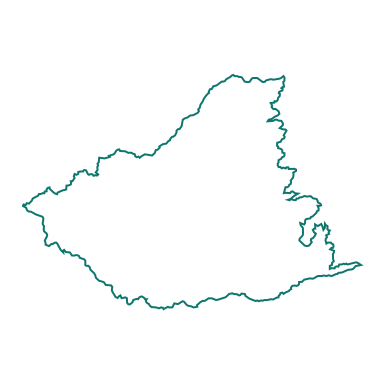 Taguatinga, Tocantins, Brazil
{"feature_id": "56859067B84121819426000", "entity_name": "Taguatinga", "entity_type": "district", "adm_level": 2, "iso_a3": "BRA", "parent_name": "Brazil", "parent_adm1": "Tocantins", "projection": "mercator", "projection_center": [-46.525, -12.349], "detail": "fine", "context": "isolated", "style": "outline", "palette": "teal", "viewbox_px": 384, "rotation_deg": 0, "n_neighbors": 0, "source": "geoboundaries", "source_scale": "gbopen_adm2", "svg_char_len": 5974}
<svg xmlns="http://www.w3.org/2000/svg" viewBox="0 0 384 384"><path d="M132.5,302.2L133.3,300.0L136.5,298.9L138.1,299.2L139.0,297.7L140.4,296.7L142.1,296.5L144.5,298.2L145.2,299.3L146.7,299.2L145.9,300.6L146.2,301.9L147.2,303.1L148.8,303.9L149.8,305.6L151.6,307.1L156.0,307.4L159.1,308.3L161.0,307.4L162.8,307.7L163.6,309.1L167.9,306.8L169.2,307.5L172.4,307.3L174.3,303.4L178.0,304.1L182.6,301.2L184.1,301.8L186.6,304.8L188.0,305.7L191.5,306.4L193.4,307.4L195.7,307.1L197.3,306.7L196.9,305.3L200.3,302.2L202.6,300.9L205.0,300.8L208.6,298.3L212.1,298.4L215.8,299.9L217.3,299.9L225.7,297.2L229.1,294.0L232.2,293.3L233.9,294.0L237.3,294.3L238.8,295.4L240.3,295.1L241.5,293.6L244.9,294.0L245.4,295.8L249.3,298.6L255.6,301.0L257.3,300.5L258.5,301.2L261.4,300.4L262.9,300.7L264.6,300.0L266.7,300.2L270.9,299.2L273.0,299.5L277.0,297.5L278.5,297.4L278.8,295.6L280.1,294.5L280.4,293.1L282.2,292.6L283.7,293.9L285.2,292.6L288.8,291.1L289.8,289.9L291.2,289.1L291.0,287.7L292.1,286.0L294.5,285.5L296.5,285.9L298.0,285.4L299.0,284.2L299.1,282.0L301.8,281.9L304.3,279.6L309.8,278.4L313.1,278.7L317.9,276.0L321.9,276.0L323.4,275.5L326.8,276.0L328.6,275.3L331.6,276.1L336.0,274.1L337.4,274.0L338.3,272.9L342.0,272.5L348.1,269.8L352.0,269.4L353.5,268.6L355.6,266.1L361.0,265.0L357.3,262.6L355.7,262.4L347.4,264.5L346.3,263.6L345.0,264.2L343.7,263.7L342.0,264.4L339.2,264.5L338.4,266.6L336.5,266.4L335.1,267.1L334.6,268.4L331.4,268.2L329.8,268.9L329.8,265.9L331.9,265.0L332.1,262.8L333.8,261.2L333.1,259.2L332.9,254.2L333.8,252.7L334.1,250.8L330.1,249.3L331.4,247.9L332.9,247.9L333.6,246.3L333.2,244.4L331.7,243.7L331.0,242.6L327.8,242.6L326.4,243.6L325.5,240.4L325.9,238.6L327.0,237.2L326.1,235.3L329.1,233.9L328.6,232.3L329.8,230.5L328.1,230.0L327.3,228.9L327.6,227.5L327.4,225.9L326.0,225.4L325.0,223.8L324.8,227.8L323.4,229.8L322.6,226.7L321.2,224.0L317.9,226.1L315.1,224.4L315.3,228.6L313.9,228.8L312.8,229.9L314.1,232.4L315.9,233.6L315.1,235.4L313.1,238.0L311.1,239.0L310.8,240.6L311.8,242.1L309.2,245.5L306.7,246.1L304.6,245.5L299.4,240.5L299.6,238.8L302.7,235.4L303.0,233.7L302.9,227.9L300.7,225.2L300.2,223.0L304.1,224.5L305.0,223.2L305.2,220.2L306.3,219.0L310.3,218.4L311.0,216.9L312.6,216.5L316.5,212.7L316.9,211.2L318.6,210.4L318.6,208.3L317.6,205.8L319.5,205.9L321.1,205.3L320.5,203.8L317.9,202.4L317.5,200.5L316.5,198.9L313.2,198.4L310.5,196.1L307.0,196.6L304.6,196.0L301.2,197.4L299.8,197.3L298.2,198.6L296.6,198.5L295.8,200.1L294.2,200.1L290.5,199.0L293.6,196.3L298.0,193.6L295.1,193.3L292.6,191.4L291.2,191.7L290.2,193.1L285.5,192.8L283.9,193.1L285.5,187.2L287.0,187.3L288.5,186.5L289.3,184.7L290.7,184.0L291.1,182.1L290.7,180.5L293.0,177.7L293.6,174.5L293.2,172.6L296.0,171.0L296.1,169.6L294.3,168.8L288.7,169.0L288.3,167.3L286.4,167.3L285.7,168.5L283.2,167.6L281.7,168.4L280.3,166.9L278.7,167.1L277.7,165.2L277.7,163.8L278.5,162.5L278.6,160.1L281.0,158.9L282.4,157.0L283.7,156.7L284.5,155.3L284.5,153.2L282.4,152.6L282.2,150.2L280.9,148.9L278.1,148.1L278.2,146.6L277.0,145.8L277.2,142.8L280.7,141.7L281.9,139.3L284.2,138.3L284.7,136.8L283.7,135.3L286.5,130.7L285.5,129.5L283.2,129.4L279.7,128.1L282.9,125.1L282.9,123.6L281.4,120.9L278.5,120.6L276.8,119.7L275.3,119.7L272.7,121.0L267.7,121.3L268.7,119.7L271.9,118.9L274.8,116.7L277.8,115.4L279.4,113.8L278.6,111.3L275.4,108.9L273.4,109.1L271.6,107.1L272.2,105.7L270.7,103.0L274.4,102.6L274.6,101.2L276.6,101.4L277.8,99.7L278.2,97.7L279.7,96.1L279.9,93.9L278.8,93.1L279.2,91.8L282.4,90.5L282.7,89.0L281.4,88.1L282.6,87.0L284.0,86.7L283.2,82.0L284.4,80.9L284.5,77.6L283.5,76.1L280.8,78.2L278.9,78.8L273.2,79.7L271.4,79.2L269.7,79.4L266.1,80.4L264.8,81.8L262.8,82.1L257.2,78.0L252.9,78.0L251.6,78.8L249.7,81.8L248.1,82.2L244.7,81.6L241.8,77.4L240.3,76.9L238.9,77.0L237.7,76.2L234.6,76.1L233.3,74.9L231.8,75.5L230.5,76.8L226.0,79.4L225.1,80.9L223.4,81.6L221.6,81.6L216.7,85.4L213.4,86.2L211.7,89.1L210.0,89.2L208.7,91.7L209.0,93.0L207.7,93.8L205.7,96.1L203.9,98.7L202.4,102.0L200.6,104.4L199.6,108.0L198.2,109.4L198.9,111.1L197.8,112.8L193.4,115.1L189.9,115.6L187.8,117.3L184.6,118.5L182.8,119.7L181.6,126.2L179.6,129.0L178.0,129.2L176.6,130.5L176.5,132.4L175.2,135.2L173.4,136.6L172.0,136.9L170.3,138.7L170.0,140.3L168.5,140.9L166.3,143.6L162.8,144.2L159.3,146.5L159.7,147.7L157.6,149.7L155.8,150.1L154.7,153.1L152.1,155.5L144.9,154.3L141.2,156.4L139.7,157.8L138.4,156.6L136.8,157.2L135.3,156.3L134.7,154.2L132.8,153.7L131.4,152.7L128.1,152.8L125.3,151.3L120.1,151.0L119.3,149.4L117.7,149.7L116.2,150.7L114.6,153.5L113.2,154.5L109.0,155.8L109.8,156.9L104.6,158.4L99.2,157.7L98.7,162.3L97.5,163.8L98.1,165.5L97.3,167.0L97.6,169.9L95.7,172.4L98.2,174.4L97.3,175.5L95.6,175.2L93.5,175.8L92.6,174.4L90.9,174.1L89.0,174.8L87.9,174.1L86.1,170.4L84.1,170.0L82.8,171.6L81.1,171.4L78.3,171.9L78.2,174.0L76.3,174.8L74.6,174.0L73.8,176.4L74.6,178.0L72.6,181.0L70.7,181.3L71.2,182.8L70.8,184.5L68.7,185.4L66.5,185.6L66.2,189.5L62.3,190.5L57.6,192.6L57.1,194.2L55.4,193.7L53.5,192.4L49.7,188.9L49.5,187.4L47.8,187.9L46.6,189.4L46.6,191.3L44.7,191.5L44.3,193.3L42.8,193.1L41.2,193.9L39.0,194.0L38.2,195.6L32.8,198.5L31.7,200.8L29.0,203.6L26.7,203.2L25.7,205.0L23.5,204.5L23.0,206.0L26.1,207.7L27.2,210.5L28.8,211.5L31.0,211.7L35.8,214.4L42.1,216.6L43.1,217.6L43.4,219.0L42.7,223.2L42.9,224.6L44.0,226.1L43.7,229.4L44.1,231.3L46.6,233.5L47.2,235.0L46.9,236.5L44.8,240.4L45.6,243.1L45.6,244.7L49.0,246.1L51.3,244.1L53.2,243.8L54.5,242.8L56.0,242.5L57.3,243.6L60.6,249.8L63.3,252.5L63.1,250.7L64.1,249.9L65.9,252.1L69.9,252.4L71.9,255.5L74.1,255.6L76.1,255.1L78.0,255.4L79.1,256.2L79.7,257.8L84.2,259.3L85.3,260.7L85.4,265.3L86.6,265.9L88.3,265.8L89.6,267.0L90.4,269.7L94.2,273.3L95.3,275.3L95.8,277.6L97.1,278.9L99.0,280.7L103.8,282.1L105.8,285.0L111.1,285.4L112.3,286.9L111.8,289.9L112.2,291.4L115.5,296.9L117.6,298.0L119.1,296.2L120.4,295.4L121.6,298.2L125.4,297.4L126.9,298.3L127.0,301.7L127.4,303.3L128.4,304.3L130.1,304.3L132.5,302.2ZM290.5,199.0L289.7,200.3L288.0,199.8L290.5,199.0Z" fill="none" stroke="#0f766e" stroke-width="2"/></svg>